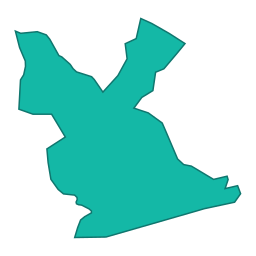 SVG path tracing the border of Keguma
{"feature_id": "LVA-5766", "entity_name": "Keguma", "entity_type": "Municipality", "adm_level": 1, "iso_a3": "LVA", "parent_name": "Latvia", "parent_adm1": "", "projection": "albers", "projection_center": [24.743, 56.689], "detail": "fine", "context": "isolated", "style": "filled", "palette": "teal", "viewbox_px": 256, "rotation_deg": 0, "n_neighbors": 0, "source": "natural_earth", "source_scale": "10m", "svg_char_len": 982}
<svg xmlns="http://www.w3.org/2000/svg" viewBox="0 0 256 256"><path d="M18.9,109.2L20.5,79.9L23.7,74.8L25.5,66.4L25.3,61.0L19.6,47.6L15.4,31.1L20.7,33.3L37.3,31.7L46.3,34.9L49.8,39.3L58.9,55.6L61.8,56.9L70.2,64.4L73.1,68.7L76.5,71.9L83.8,74.2L91.6,76.7L94.3,79.6L102.9,92.1L117.9,75.6L127.1,58.8L125.2,43.7L136.2,38.6L140.8,18.5L151.8,23.5L169.3,33.5L185.0,43.6L176.7,53.7L163.9,68.8L155.6,72.2L152.9,90.6L141.8,97.4L133.9,108.1L141.3,110.6L148.3,112.9L155.7,118.3L162.2,123.0L166.4,132.7L177.6,159.0L183.7,164.6L191.3,166.1L199.2,170.8L206.7,175.3L213.6,179.4L227.1,176.2L228.1,179.6L225.1,188.6L237.6,185.7L240.6,193.7L234.6,202.2L204.2,208.7L196.4,211.0L106.0,237.0L74.7,237.5L77.7,227.5L80.6,220.0L84.8,216.6L91.4,212.9L91.4,210.9L88.9,208.8L81.6,205.1L78.5,204.7L76.5,203.8L76.1,202.1L77.2,199.5L77.0,197.4L74.6,195.1L63.5,193.9L58.2,189.5L50.9,179.3L48.1,162.5L46.9,148.9L65.3,137.0L51.6,114.2L33.0,114.2L18.9,109.2Z" fill="#14b8a6" stroke="#0f766e" stroke-width="1.5"/></svg>